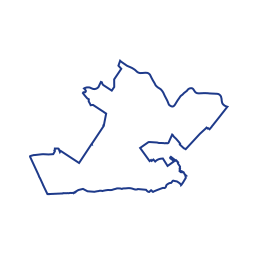 outline of Zuidplas, Zuid-Holland, Netherlands, rotated 259°
{"feature_id": "6326949B74925869781753", "entity_name": "Zuidplas", "entity_type": "district", "adm_level": 2, "iso_a3": "NLD", "parent_name": "Netherlands", "parent_adm1": "Zuid-Holland", "projection": "mercator", "projection_center": [4.603, 52.0], "detail": "fine", "context": "isolated", "style": "outline", "palette": "blue", "viewbox_px": 256, "rotation_deg": 259, "n_neighbors": 0, "source": "geoboundaries", "source_scale": "gbopen_adm2", "svg_char_len": 5518}
<svg xmlns="http://www.w3.org/2000/svg" viewBox="0 0 256 256"><g transform="rotate(259 128 128)"><path d="M78.3,37.1L78.4,37.4L78.2,37.7L78.3,37.8L78.2,38.1L76.2,51.5L76.3,51.9L76.4,52.0L76.0,53.7L75.7,55.5L75.6,56.1L75.3,57.5L75.3,58.3L75.3,58.9L75.0,60.1L74.8,61.6L74.8,61.8L74.9,62.5L74.5,62.5L74.8,63.4L74.8,63.5L74.8,63.8L75.0,64.2L75.4,64.1L76.6,67.5L76.8,72.2L73.6,76.2L71.8,82.8L71.8,85.0L71.8,85.7L71.7,86.9L71.8,88.6L71.6,89.2L71.5,89.6L71.4,90.1L71.1,90.6L71.0,90.8L71.1,91.8L71.1,93.2L71.1,94.3L71.0,96.0L71.0,96.3L70.4,99.0L70.3,99.7L70.3,100.9L70.5,102.0L70.6,103.9L70.8,105.8L70.7,106.3L70.6,106.9L70.2,108.5L70.0,109.1L69.9,109.4L69.5,110.0L69.4,110.3L69.4,110.7L69.5,111.2L69.6,111.5L69.5,112.3L69.2,114.1L69.0,116.1L68.8,117.6L68.6,118.2L68.5,118.7L68.1,119.7L67.8,120.4L66.8,122.2L66.4,123.0L66.2,123.5L66.1,124.3L66.0,124.7L66.0,125.4L66.1,125.8L66.2,126.0L63.9,133.9L62.7,134.6L61.6,135.6L61.4,136.0L61.2,136.7L61.9,137.7L62.1,138.1L62.5,138.8L62.2,139.1L61.6,139.5L60.7,140.0L60.5,140.4L60.8,141.2L61.0,142.1L61.5,144.6L62.1,148.0L62.5,150.5L62.5,151.1L62.1,152.3L62.1,152.6L62.2,152.8L62.3,153.0L62.5,153.4L62.9,153.8L63.2,154.1L63.4,154.2L63.7,154.3L64.3,154.6L64.6,154.9L64.8,155.1L65.4,156.3L65.9,157.8L66.0,158.1L66.0,158.3L65.9,159.6L65.9,159.9L67.0,161.2L67.5,161.7L67.6,161.8L67.6,162.7L67.2,163.3L66.4,165.4L66.3,165.6L66.0,166.1L64.4,167.7L63.3,168.6L62.4,169.0L62.1,169.2L61.8,169.2L62.2,169.8L63.6,171.1L63.8,171.5L64.0,171.6L68.0,175.2L68.5,175.2L69.1,175.3L70.1,175.2L70.1,175.3L70.4,175.5L70.2,175.7L70.2,175.9L71.8,174.8L73.7,174.2L74.0,174.1L74.2,173.8L74.2,173.7L74.2,173.3L74.7,173.2L74.8,173.1L74.5,172.7L75.1,172.3L74.6,171.7L75.0,171.3L74.9,171.1L75.8,170.5L76.2,171.2L76.7,170.8L76.5,170.6L77.4,170.9L77.6,171.1L78.6,171.5L78.9,171.4L78.9,171.2L80.1,171.7L81.7,171.1L83.2,170.4L84.5,170.2L84.8,170.6L85.2,170.3L86.7,169.4L87.1,169.1L86.8,168.7L87.8,167.9L88.1,167.6L91.5,164.6L91.1,164.0L90.5,164.5L90.0,163.9L87.1,166.6L86.7,166.2L86.3,166.5L83.2,159.6L91.4,156.4L91.6,154.3L91.6,153.8L91.6,152.9L91.4,151.9L91.2,151.0L90.9,150.1L90.5,149.3L89.9,148.3L92.2,146.9L91.2,145.0L92.2,144.5L91.4,142.9L106.1,136.1L108.3,141.0L110.0,144.9L110.2,145.3L110.2,145.6L110.2,145.8L110.0,146.9L108.2,153.8L108.0,154.2L107.6,155.0L107.4,155.5L106.5,159.7L106.0,161.1L105.9,161.7L105.9,161.9L106.0,162.5L105.6,163.1L105.5,163.5L105.5,163.8L105.5,164.1L105.5,164.3L105.7,164.6L105.7,164.8L106.1,165.2L106.7,165.6L113.1,170.1L112.2,170.8L111.9,170.9L111.1,171.1L110.8,171.3L108.3,173.1L104.1,175.5L102.6,176.2L102.4,176.1L102.1,175.7L101.9,175.7L97.5,178.9L97.3,179.1L97.0,179.7L96.9,179.9L96.5,180.2L96.5,180.3L96.2,180.6L108.6,197.5L112.9,204.5L113.4,205.1L112.2,206.1L112.2,206.3L112.5,206.6L111.2,207.8L113.1,210.2L114.1,211.2L114.6,211.9L115.4,212.8L121.3,219.7L129.9,229.6L130.3,228.8L130.8,228.1L131.3,227.4L131.7,226.9L132.3,226.5L132.7,226.1L133.2,225.8L133.8,225.5L134.4,225.3L135.5,225.2L136.9,225.2L138.9,225.4L140.8,225.3L141.1,225.3L141.6,225.1L142.2,224.9L142.8,224.5L143.4,224.0L143.7,223.7L144.0,223.3L144.2,223.0L144.3,222.7L144.6,221.9L146.3,214.9L147.0,212.6L147.3,211.3L147.8,208.8L148.0,207.5L148.3,205.4L148.5,204.2L148.6,203.6L148.9,202.9L149.1,202.3L149.4,201.9L149.9,201.3L150.4,200.9L151.0,200.6L151.4,200.4L153.4,199.6L154.1,199.2L154.6,198.7L154.9,198.1L155.0,197.7L155.1,196.9L155.1,196.2L155.0,195.9L154.9,195.3L154.7,194.7L154.3,194.2L154.0,193.7L153.3,193.0L153.2,192.8L153.0,192.4L151.6,189.6L150.3,187.8L149.7,186.4L149.1,185.5L147.3,183.7L145.7,182.0L142.1,178.7L141.5,178.1L141.1,177.5L140.9,177.2L140.7,176.8L140.6,176.3L140.6,175.7L140.8,175.2L140.9,174.9L141.3,174.3L141.6,174.0L142.0,173.5L142.4,173.1L143.2,172.6L144.1,172.4L146.3,172.0L147.6,171.7L150.6,170.8L152.6,170.2L155.9,169.4L157.5,168.8L159.0,168.0L159.8,167.5L160.6,166.7L162.1,165.1L162.7,164.6L163.6,163.9L164.4,163.4L164.8,163.2L165.6,163.0L167.3,162.5L170.0,161.5L172.0,160.9L172.6,160.7L175.2,160.0L176.2,159.7L176.8,159.3L177.4,158.8L177.9,158.3L178.4,157.5L178.7,156.4L178.9,155.7L179.0,154.8L179.2,153.0L179.4,151.7L179.5,151.0L179.6,150.5L179.8,149.9L180.0,149.4L180.3,149.0L180.6,148.5L181.0,148.0L181.6,147.5L183.4,146.2L184.2,145.5L185.9,143.7L186.3,143.2L187.3,141.8L188.3,140.3L189.3,138.9L189.6,138.6L194.3,134.0L195.5,133.1L191.0,130.5L187.4,132.7L178.4,123.7L170.9,122.3L167.8,119.2L174.5,112.3L174.9,111.9L175.4,111.6L175.8,111.4L176.6,111.2L177.4,111.1L177.8,111.1L178.4,110.2L176.4,108.7L173.9,106.9L173.6,106.4L173.4,106.1L173.2,105.9L173.1,105.6L172.9,105.1L172.7,104.4L172.6,103.6L172.6,103.0L172.6,102.7L172.7,102.2L172.9,101.6L172.9,101.4L173.3,100.7L174.3,99.2L174.9,98.4L175.3,97.5L175.5,96.4L175.7,95.2L175.6,94.3L175.5,93.4L175.4,93.0L175.2,92.4L174.3,93.0L173.0,93.6L172.7,93.7L172.4,93.7L172.1,93.6L171.8,93.4L171.6,93.2L171.3,92.8L171.6,91.1L170.9,90.4L168.6,91.5L165.8,93.1L165.3,93.4L164.8,93.7L164.1,94.5L163.7,95.0L161.7,94.5L158.1,95.6L157.5,95.7L157.4,97.4L157.3,98.1L146.3,109.3L136.2,105.2L135.6,104.6L135.4,104.9L134.8,104.7L119.3,89.4L119.2,89.4L119.3,89.3L103.0,73.3L118.4,57.5L117.4,56.6L120.7,56.0L120.9,55.9L121.1,55.7L121.7,52.8L121.8,52.3L121.4,52.2L121.1,52.2L120.9,52.1L120.6,51.9L120.6,52.0L119.0,51.7L118.7,51.4L116.8,49.8L116.6,49.6L116.8,47.9L117.2,44.9L118.5,39.7L118.7,38.0L119.2,31.7L119.4,30.4L119.4,30.1L119.2,27.6L119.0,26.5L118.8,26.4L118.4,26.4L111.5,28.1L99.4,31.1L97.8,31.4L96.7,31.6L95.7,32.0L88.7,33.7L88.4,33.7L88.2,33.7L87.8,33.9L86.5,34.2L78.5,36.3L78.3,37.1Z" fill="none" stroke="#1e3a8a" stroke-width="2"/></g></svg>